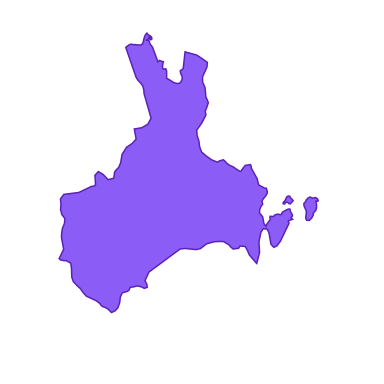 map outline of Balikesir (Mercator projection), rotated 107°
{"feature_id": "TUR-2238", "entity_name": "Balikesir", "entity_type": "Province", "adm_level": 1, "iso_a3": "TUR", "parent_name": "Turkey", "parent_adm1": "", "projection": "mercator", "projection_center": [27.651, 39.857], "detail": "fine", "context": "isolated", "style": "filled", "palette": "violet", "viewbox_px": 384, "rotation_deg": 107, "n_neighbors": 0, "source": "natural_earth", "source_scale": "10m", "svg_char_len": 3482}
<svg xmlns="http://www.w3.org/2000/svg" viewBox="0 0 384 384"><g transform="rotate(107 192 192)"><path d="M166.6,122.1L169.5,120.1L171.4,119.7L174.7,120.5L177.5,121.8L180.2,122.4L183.1,120.8L185.5,121.8L189.0,122.1L192.2,121.4L195.0,117.2L201.3,113.9L203.2,111.2L201.1,111.1L195.2,109.1L193.5,110.1L192.4,110.2L192.0,108.6L191.7,107.1L191.1,106.6L190.3,106.5L189.6,105.9L188.8,104.7L188.3,104.0L188.0,103.1L187.9,101.2L187.5,100.2L186.6,99.9L185.6,99.9L184.7,99.6L180.8,95.7L179.8,94.2L179.8,93.2L181.2,92.6L182.3,91.7L184.3,89.5L185.5,88.9L186.6,89.5L187.5,89.8L188.7,87.8L190.9,90.8L191.1,91.2L192.1,91.4L192.5,91.0L192.8,90.4L193.9,90.1L213.4,93.1L218.6,95.0L221.0,97.5L218.9,101.2L208.7,106.4L205.6,109.1L206.2,113.1L210.4,114.3L220.2,113.4L230.1,109.7L241.4,109.2L240.9,110.2L235.3,118.9L231.8,121.8L228.6,125.0L229.5,130.2L232.2,131.0L234.5,136.0L233.3,138.8L231.7,141.3L230.2,147.2L230.9,150.1L232.9,155.9L237.3,162.9L243.7,167.4L245.9,171.3L248.0,182.0L250.1,186.8L281.2,209.8L290.6,211.0L293.1,208.4L296.3,206.9L298.1,209.5L297.5,212.6L297.8,216.8L300.1,220.6L300.7,222.4L302.0,223.4L304.3,223.5L305.9,224.7L308.8,229.2L313.5,229.8L318.9,228.8L324.4,229.0L328.0,230.7L330.8,233.7L328.5,238.2L327.8,241.2L327.7,244.1L326.9,246.0L325.6,247.4L324.0,251.8L322.5,262.6L319.8,267.1L317.0,270.5L316.1,272.7L312.5,279.2L308.7,282.0L300.1,285.0L295.5,287.2L294.4,292.4L295.1,294.2L295.4,298.0L294.6,299.6L284.3,298.0L273.5,303.6L269.1,304.7L264.6,305.3L259.5,304.8L254.7,305.7L251.5,310.0L247.1,312.6L242.0,313.7L237.1,315.8L231.7,313.8L225.6,300.2L215.9,289.6L215.1,287.5L213.2,286.4L204.4,289.7L199.8,287.5L201.2,282.1L204.7,275.8L201.8,271.0L199.9,271.1L196.1,271.8L194.2,271.5L189.6,269.2L184.7,268.8L176.4,269.9L168.2,267.6L163.1,263.4L157.7,260.9L148.6,265.6L145.2,258.8L140.1,254.1L133.4,252.7L112.1,266.5L108.4,268.0L105.1,270.0L102.7,273.2L100.7,276.7L98.4,279.2L73.1,297.6L72.2,297.1L69.9,295.4L68.3,293.4L68.4,291.9L67.5,288.8L67.0,285.8L66.1,283.5L64.0,282.5L58.4,282.8L55.5,282.6L53.2,281.6L54.3,280.4L55.0,277.3L55.9,275.8L57.4,275.1L58.5,275.8L58.4,276.8L56.3,277.3L56.3,278.3L57.6,278.2L58.7,278.7L59.6,279.5L60.4,280.4L59.7,278.1L60.3,276.9L61.6,276.2L62.8,275.3L64.9,272.2L77.4,262.7L76.3,261.8L75.7,261.6L75.7,260.7L75.9,259.7L75.9,258.8L75.7,257.5L80.0,257.1L81.6,256.5L83.0,255.4L81.8,253.2L83.6,251.7L90.5,249.5L90.9,249.2L90.9,248.6L91.1,247.1L92.7,241.3L92.6,238.0L91.8,235.9L90.0,234.8L86.6,234.4L83.9,235.6L81.8,237.6L79.5,238.7L76.6,236.5L60.0,239.6L59.7,227.2L63.5,215.2L68.2,214.2L78.9,215.6L83.9,213.9L88.3,210.1L96.8,206.6L101.8,202.5L107.2,202.6L110.9,203.0L114.2,201.2L122.8,202.7L131.5,205.6L136.5,203.6L141.2,200.3L146.2,198.1L150.9,194.6L153.4,188.9L155.5,182.6L156.0,176.4L154.1,174.7L152.0,171.4L153.2,168.8L154.1,167.7L155.4,164.1L155.9,160.0L157.5,155.1L158.2,152.1L157.7,151.1L155.6,150.7L150.9,148.8L148.7,144.1L150.0,143.0L151.8,142.3L160.1,133.7L165.7,130.3L167.1,123.5L166.6,122.1ZM176.6,69.8L178.5,69.3L181.9,69.9L184.9,71.5L185.5,74.2L183.3,75.8L178.8,76.5L176.6,77.3L172.7,80.7L170.4,81.7L167.8,80.5L166.5,80.5L164.2,79.5L162.3,77.8L162.6,74.5L161.8,73.3L161.2,72.0L161.7,70.3L162.6,69.3L163.5,68.7L164.1,69.1L164.5,70.8L167.4,69.3L170.5,68.3L173.5,68.2L176.6,69.8ZM175.2,99.8L176.1,99.7L176.5,100.2L176.5,101.4L175.2,101.7L173.5,100.7L171.6,100.3L169.4,100.1L167.7,98.9L167.5,97.2L168.8,96.1L169.7,94.1L170.7,92.7L174.6,94.5L174.8,95.6L174.2,96.9L174.0,98.7L175.2,99.8Z" fill="#8b5cf6" stroke="#5b21b6" stroke-width="1.5"/></g></svg>